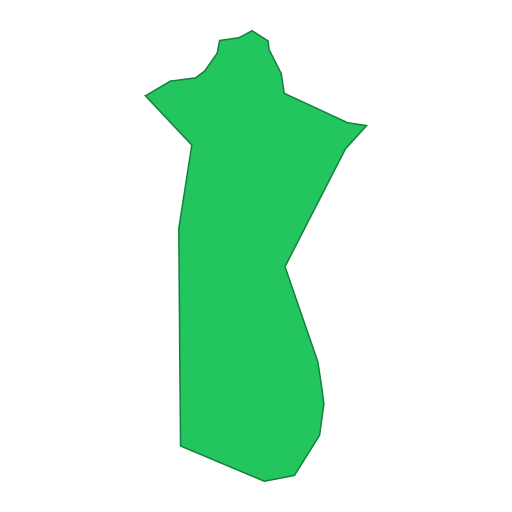 Tonj South, Warrap, South Sudan (Robinson projection)
{"feature_id": "79223893B28236653000633", "entity_name": "Tonj South", "entity_type": "district", "adm_level": 2, "iso_a3": "SSD", "parent_name": "South Sudan", "parent_adm1": "Warrap", "projection": "robinson", "projection_center": [28.756, 7.089], "detail": "fine", "context": "isolated", "style": "filled", "palette": "green", "viewbox_px": 512, "rotation_deg": 0, "n_neighbors": 0, "source": "geoboundaries", "source_scale": "gbopen_adm2", "svg_char_len": 491}
<svg xmlns="http://www.w3.org/2000/svg" viewBox="0 0 512 512"><path d="M321.3,384.2L317.8,361.7L285.0,266.7L345.4,149.0L366.6,125.6L347.5,122.7L284.2,93.3L281.3,73.7L269.0,49.4L268.1,41.0L252.1,30.7L239.0,37.7L219.6,40.5L217.2,53.1L204.8,70.9L195.4,77.9L170.3,81.1L145.5,95.8L145.4,95.8L191.8,145.1L178.8,228.4L179.8,361.4L180.5,439.4L180.5,446.0L264.2,481.2L264.3,481.3L264.5,481.2L294.5,475.4L319.6,435.2L323.9,403.9L321.3,384.2Z" fill="#22c55e" stroke="#15803d" stroke-width="1.5"/></svg>